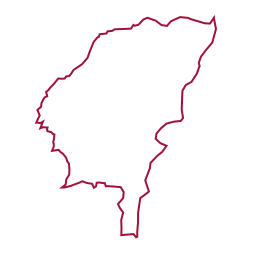 outline of Filousa Kelokedaron, Paphos, Cyprus, rotated 178°
{"feature_id": "46923920B93356137010006", "entity_name": "Filousa Kelokedaron", "entity_type": "district", "adm_level": 2, "iso_a3": "CYP", "parent_name": "Cyprus", "parent_adm1": "Paphos", "projection": "orthographic", "projection_center": [32.738, 34.858], "detail": "fine", "context": "isolated", "style": "outline", "palette": "rose", "viewbox_px": 256, "rotation_deg": 178, "n_neighbors": 0, "source": "geoboundaries", "source_scale": "gbopen_adm2", "svg_char_len": 1792}
<svg xmlns="http://www.w3.org/2000/svg" viewBox="0 0 256 256"><g transform="rotate(178 128 128)"><path d="M123.7,18.5L122.5,19.1L122.4,23.8L121.3,33.1L120.8,43.3L118.2,57.5L109.3,63.7L112.6,75.1L107.6,86.8L106.7,92.3L100.0,98.9L94.6,103.0L90.1,108.9L96.2,111.7L100.7,116.2L99.7,121.5L95.0,126.6L89.3,131.1L82.1,132.7L75.1,133.2L72.6,136.0L73.7,144.5L72.3,163.2L68.8,168.9L63.0,171.8L57.3,179.9L54.7,186.6L54.2,187.2L55.0,190.6L52.6,196.8L47.0,203.6L40.8,210.4L36.6,223.9L38.3,234.6L38.3,235.1L42.4,229.5L47.8,230.0L57.2,233.2L62.1,234.8L63.8,235.9L72.1,237.0L81.3,233.2L85.5,228.7L90.9,229.7L96.6,234.3L104.8,237.5L108.8,235.9L114.1,230.7L117.9,230.0L119.0,230.8L121.6,227.2L128.5,227.1L131.3,227.1L137.9,227.1L140.5,225.6L145.1,225.3L146.2,223.2L153.0,222.7L154.2,219.9L155.1,219.9L159.3,215.2L163.5,205.9L166.0,199.5L171.8,193.3L180.4,187.9L183.2,183.9L185.0,182.0L188.1,181.7L189.4,179.7L192.0,179.5L195.9,179.9L196.6,179.2L200.5,174.7L203.1,172.3L204.8,170.5L206.2,168.7L208.6,166.8L207.6,162.6L210.3,161.4L211.5,159.7L213.6,155.9L214.1,152.3L217.9,149.2L215.8,143.6L218.2,139.3L219.4,136.6L218.9,136.7L215.5,135.9L212.8,137.3L215.6,130.8L213.0,131.7L210.7,131.5L208.4,131.3L209.0,129.5L208.6,127.6L204.8,126.5L203.0,124.4L201.8,124.2L202.3,119.7L203.1,117.1L203.3,116.2L202.7,114.8L202.9,111.9L204.7,107.8L198.2,108.6L196.4,106.4L193.9,104.5L190.9,100.5L189.8,96.7L188.2,94.3L188.1,90.3L188.0,87.8L188.4,83.4L191.4,78.9L192.3,73.6L196.1,70.8L193.1,70.8L187.0,72.2L177.6,75.4L175.5,76.4L171.1,74.5L165.8,73.5L164.2,69.5L162.0,70.8L161.2,74.4L158.6,74.5L154.7,73.8L153.1,73.7L152.2,70.6L150.3,70.6L144.2,70.0L137.3,69.1L134.5,64.1L135.3,58.1L140.7,52.3L138.6,47.8L135.8,43.8L138.0,36.2L138.0,28.3L138.4,21.2L126.2,21.8L123.7,18.5Z" fill="none" stroke="#9f1239" stroke-width="2"/></g></svg>